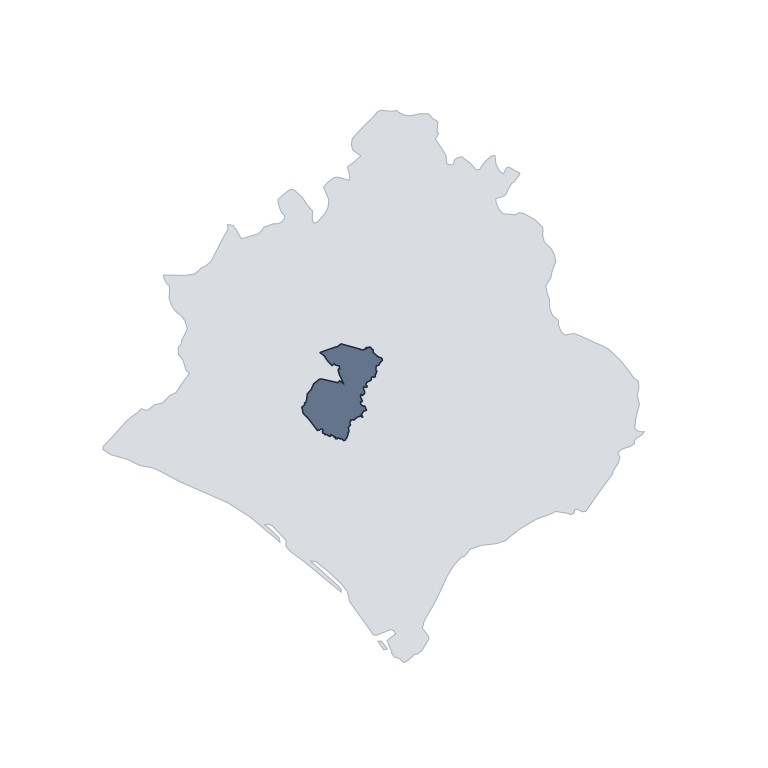 Marahoue, Marahoué, Ivory Coast (highlighted), rotated 45°
{"feature_id": "98640826B99867209198649", "entity_name": "Marahoue", "entity_type": "district", "adm_level": 2, "iso_a3": "CIV", "parent_name": "Ivory Coast", "parent_adm1": "Marahoué", "projection": "albers", "projection_center": [-5.732, 7.127], "detail": "fine", "context": "in_parent", "style": "filled", "palette": "slate", "viewbox_px": 768, "rotation_deg": 45, "n_neighbors": 0, "source": "geoboundaries", "source_scale": "gbopen_adm2", "svg_char_len": 9341}
<svg xmlns="http://www.w3.org/2000/svg" viewBox="0 0 768 768"><g transform="rotate(45 384 384)"><path d="M199.5,181.7L201.7,181.6L207.6,179.9L212.9,176.0L217.9,167.9L224.6,161.4L232.1,161.9L234.3,160.7L236.9,160.5L240.1,164.8L243.2,168.1L245.5,168.2L247.1,174.4L260.8,177.1L266.7,178.8L271.6,183.3L273.4,183.4L275.5,182.5L277.1,180.9L277.4,179.2L275.3,175.1L276.2,171.4L278.5,168.1L282.0,167.9L287.3,167.0L293.4,167.0L298.0,167.6L299.8,164.4L298.1,155.1L298.5,150.1L299.3,145.8L301.0,144.1L307.8,149.4L314.0,151.4L318.4,151.6L319.7,150.5L317.8,144.7L318.3,142.9L319.9,141.9L322.9,141.3L330.8,138.9L331.6,139.4L333.1,148.6L332.4,151.7L334.1,158.0L336.1,163.8L336.0,166.2L334.2,169.8L332.2,173.1L332.5,174.5L335.6,176.7L341.7,179.1L347.9,179.6L351.4,176.2L355.1,173.4L357.6,171.0L358.4,167.3L362.4,164.6L373.8,161.3L384.2,160.8L386.7,161.8L391.4,166.9L397.4,170.4L406.5,170.0L413.1,172.1L418.9,176.0L422.7,184.7L426.9,191.0L428.8,199.9L435.4,204.6L440.6,206.7L447.6,213.2L454.9,216.5L462.5,215.7L466.0,219.1L471.6,221.5L477.3,221.7L482.2,214.2L488.7,211.2L505.2,205.1L511.7,202.4L518.3,200.6L534.2,200.0L549.0,201.8L556.4,203.2L561.4,202.1L566.2,205.6L571.2,213.1L575.2,215.5L579.3,218.0L582.4,223.9L586.1,229.7L588.0,232.3L592.5,238.1L596.3,238.1L600.1,235.6L601.7,233.7L602.4,237.5L601.0,243.7L601.3,247.6L603.4,249.0L602.3,253.9L598.0,262.4L598.0,267.3L602.4,268.8L605.5,274.1L607.4,283.1L609.3,286.1L609.5,287.9L612.8,309.7L616.8,331.6L614.3,334.4L611.0,335.3L608.8,336.3L608.1,338.4L609.6,341.4L608.7,344.1L604.5,346.0L595.3,353.0L594.7,355.8L592.3,361.7L590.2,365.4L587.3,372.1L582.6,389.9L580.9,404.6L580.7,409.1L578.8,412.3L576.8,416.8L566.8,429.5L561.7,439.8L562.4,444.3L562.7,448.8L561.2,452.0L561.5,460.7L562.8,468.0L564.6,475.2L572.0,495.3L575.9,507.6L578.3,517.5L580.4,524.1L582.4,526.8L583.2,529.3L594.0,531.1L596.1,532.6L599.2,545.4L598.7,551.3L596.6,553.5L596.7,558.4L596.2,564.6L594.7,567.0L588.6,567.3L584.5,569.7L579.1,568.8L578.5,567.3L575.6,566.7L567.6,563.3L568.8,552.1L565.1,551.7L562.2,553.1L556.6,566.6L553.9,568.9L513.7,562.2L505.0,556.7L494.5,555.4L476.3,556.1L461.3,557.8L457.1,561.2L494.9,559.1L499.0,559.5L500.9,561.5L453.0,566.1L434.8,568.8L429.4,568.0L425.2,563.8L405.4,563.3L401.3,564.7L398.9,567.9L406.7,567.2L419.0,567.0L422.3,569.4L383.7,572.6L356.9,578.6L345.6,583.1L308.2,597.7L285.4,604.6L279.4,607.2L269.0,614.3L255.7,618.8L240.7,627.2L231.5,629.1L229.5,626.4L229.3,612.1L228.1,592.9L228.6,585.6L229.9,578.7L229.9,573.0L234.5,570.9L235.7,568.5L236.4,561.0L240.7,554.3L240.8,542.5L242.1,540.0L243.0,536.9L241.2,529.1L238.9,514.5L237.8,513.5L236.8,514.1L234.4,514.4L225.0,509.3L217.8,508.4L212.8,504.1L212.4,499.1L210.0,496.3L208.3,490.6L205.8,484.0L198.7,480.0L192.0,479.1L187.3,479.9L181.7,479.6L175.3,477.4L170.9,474.9L166.8,470.1L162.9,466.3L159.8,466.7L156.1,465.8L152.4,464.1L151.2,462.7L166.8,447.6L172.1,440.2L172.7,435.7L172.7,431.1L174.5,426.4L174.9,419.3L166.5,393.2L164.4,385.1L162.1,382.8L160.6,381.9L165.0,378.6L170.9,379.5L180.1,382.1L182.1,379.5L189.0,366.5L188.9,361.6L188.2,358.2L192.3,349.2L195.5,345.8L197.2,342.0L196.7,336.9L194.3,335.0L191.1,335.3L187.3,334.1L181.5,331.1L178.5,328.4L179.5,316.6L180.1,312.9L182.1,310.8L185.4,310.2L194.4,309.9L201.7,311.3L208.1,312.1L211.6,312.1L214.3,315.7L218.0,319.3L221.2,319.3L222.4,316.6L221.7,304.9L219.5,298.7L214.7,292.7L202.0,287.5L201.7,280.4L203.0,272.7L205.8,269.8L215.2,265.0L213.6,262.3L210.6,259.5L204.6,256.6L206.0,247.4L206.4,239.1L201.3,240.0L196.1,240.5L191.7,237.9L188.1,232.9L187.5,219.1L187.6,203.2L186.9,196.2L188.3,192.4L192.8,189.0L197.7,184.5L199.5,181.7ZM573.9,569.0L571.8,572.1L561.6,570.2L564.0,567.6L573.9,569.0Z" fill="#d9dde1" stroke="#a8b0b8" stroke-width="1"/><path d="M377.1,406.3L376.8,405.6L376.8,405.1L377.0,404.7L377.0,404.4L376.9,404.2L376.7,404.1L376.0,403.3L375.3,402.9L374.9,402.7L373.6,402.3L373.2,402.0L372.2,401.2L371.8,400.8L371.7,400.4L371.7,400.2L371.9,400.1L372.6,399.7L373.5,399.3L373.8,398.9L374.1,398.4L374.1,398.2L373.9,397.7L373.7,397.6L373.2,397.3L372.8,397.5L372.5,397.5L372.0,397.3L371.8,397.2L371.6,397.0L371.3,396.5L371.1,396.1L371.0,395.8L370.9,394.9L370.7,394.2L370.8,393.9L371.2,393.5L371.3,393.3L371.5,392.4L371.6,392.1L371.9,391.6L372.0,391.3L372.1,390.5L372.1,390.1L371.9,389.8L371.4,389.6L371.1,389.2L370.4,388.9L370.6,388.9L370.7,388.7L370.8,388.5L370.6,387.8L370.7,387.1L370.8,387.0L371.2,386.7L371.5,386.6L371.9,386.6L372.1,386.3L372.4,386.2L372.5,385.7L372.4,385.6L372.4,385.3L372.5,385.1L372.6,384.8L372.0,384.4L371.8,384.3L371.6,384.1L371.5,383.7L371.3,383.6L371.3,383.3L371.0,383.1L371.0,382.9L371.1,382.3L370.7,381.9L370.5,381.5L370.6,381.2L370.2,380.5L370.0,380.3L369.8,380.0L369.5,380.0L369.0,380.1L368.3,379.7L367.9,379.2L367.5,378.9L366.6,377.8L366.4,377.6L366.2,377.3L365.9,376.8L365.8,376.6L365.8,376.3L366.4,375.8L366.6,375.1L367.0,374.1L366.9,373.7L366.4,372.8L366.3,372.6L366.4,372.4L366.3,371.9L366.2,371.7L366.2,370.6L366.1,370.2L366.0,369.8L366.1,369.2L366.1,368.4L365.5,368.1L365.3,367.7L365.2,367.6L364.3,367.5L364.1,367.6L363.4,367.5L363.0,367.5L362.7,367.9L362.0,368.3L361.8,368.7L361.3,368.9L360.8,368.8L360.3,369.0L360.2,368.9L359.9,369.1L359.3,368.9L358.7,369.1L357.8,369.1L356.4,369.3L355.7,369.2L355.4,369.3L354.9,369.2L354.1,369.3L354.0,369.2L353.9,369.1L353.7,368.9L353.3,368.7L352.6,367.9L352.4,367.8L352.4,367.7L352.2,367.5L351.9,367.4L351.1,367.7L350.6,368.0L350.0,367.9L348.9,367.5L348.2,367.8L347.8,367.8L347.6,367.9L347.6,368.3L347.4,368.5L347.0,369.6L346.5,370.2L346.5,370.3L346.7,370.7L346.6,370.8L346.4,370.3L346.2,370.2L345.9,370.2L345.8,370.4L345.6,371.5L346.1,372.3L346.2,372.6L345.9,372.7L345.9,372.8L346.0,373.0L345.9,373.3L345.6,373.4L345.4,373.6L345.4,374.0L344.8,374.8L344.8,375.0L342.4,376.5L342.0,376.5L325.3,385.9L325.0,387.5L324.7,390.5L323.8,391.6L316.7,406.4L316.7,407.0L322.8,406.3L323.6,406.9L329.1,407.7L334.3,407.7L334.4,404.8L336.6,404.9L339.8,402.9L340.4,403.5L340.8,403.8L341.1,404.4L341.5,404.5L341.9,404.7L342.0,404.8L342.0,405.0L341.4,405.3L341.3,405.8L341.6,406.4L341.9,406.7L342.0,406.8L343.0,407.3L343.6,407.8L344.1,408.0L344.3,408.1L344.8,408.2L345.1,408.7L345.5,408.6L345.9,408.7L346.1,408.9L346.3,409.0L346.5,409.3L347.5,409.5L349.3,410.2L350.0,410.3L351.3,411.1L351.5,411.1L351.9,411.0L352.3,411.3L352.7,411.5L354.1,411.9L354.5,412.1L355.2,412.3L355.3,412.4L350.4,413.1L350.3,415.8L336.4,424.5L335.0,426.0L334.1,433.6L336.4,439.4L336.8,445.3L340.6,450.2L341.6,451.9L341.5,452.5L341.5,452.9L341.2,453.4L341.2,453.5L341.5,453.8L342.3,454.4L342.5,454.6L342.3,458.6L344.4,459.8L347.5,461.9L350.4,461.9L351.0,461.9L351.3,462.0L352.9,461.9L356.2,462.1L367.8,463.7L369.2,463.9L369.5,464.0L369.6,463.5L369.8,463.3L370.2,463.3L370.3,463.2L370.8,462.6L371.0,462.2L371.1,461.0L371.2,460.6L371.7,460.0L372.6,459.5L372.8,459.5L373.1,459.7L373.7,459.9L373.8,460.1L373.9,461.0L374.0,461.2L374.1,461.3L374.4,461.4L374.6,461.6L374.8,461.6L375.1,461.5L375.4,461.9L375.5,462.0L375.9,461.8L376.4,461.6L377.0,461.3L377.2,461.2L377.5,461.3L378.2,461.6L378.3,461.5L378.2,461.2L378.2,460.8L378.5,460.7L378.9,460.7L379.7,460.1L380.9,460.0L381.4,459.9L382.8,459.4L383.0,459.2L383.0,458.9L382.2,457.8L382.3,457.5L382.3,457.3L382.5,457.2L382.8,457.2L383.3,457.6L383.4,457.4L383.5,457.3L384.7,456.6L385.1,456.3L385.5,456.3L385.9,456.5L386.2,456.8L386.5,456.7L386.9,456.6L386.8,456.3L386.9,456.1L387.4,455.9L387.7,455.9L387.9,456.1L388.0,456.4L388.0,456.7L388.1,456.9L388.3,457.0L388.5,456.9L388.9,456.4L389.6,456.1L389.7,455.9L389.6,455.2L389.5,454.8L389.5,454.7L389.8,454.5L390.5,454.3L391.4,453.8L392.0,453.8L392.1,453.7L392.3,453.4L392.4,452.9L392.6,452.8L392.8,452.8L393.8,452.4L394.4,452.6L395.2,452.5L395.5,452.6L395.8,452.0L396.2,451.5L396.3,451.3L396.3,451.1L395.8,449.7L395.8,448.6L395.8,448.3L395.6,447.9L395.2,447.2L394.8,446.1L394.6,445.9L394.6,445.7L394.1,445.1L393.7,444.6L393.5,444.1L393.1,444.1L393.2,443.2L393.0,442.7L392.4,441.9L391.3,441.1L391.0,440.8L390.5,440.6L390.2,440.4L389.6,440.2L389.4,439.8L389.6,438.6L389.3,437.3L389.4,437.0L389.3,436.7L388.9,436.4L388.2,436.3L387.7,436.1L387.0,435.1L386.7,434.5L386.6,434.3L386.7,433.6L386.4,433.3L386.2,432.9L386.2,432.6L386.3,432.2L386.5,432.0L386.7,431.9L386.9,431.8L387.1,431.5L387.3,431.3L387.9,431.1L388.2,430.9L388.2,430.4L388.4,429.5L388.3,428.6L388.6,427.1L388.6,426.8L388.5,426.5L388.6,426.0L388.8,425.8L389.0,425.3L389.3,425.0L389.5,424.8L389.6,424.6L389.6,424.1L389.8,423.7L389.8,423.4L389.9,423.2L390.1,423.1L390.5,423.1L390.7,422.9L391.0,422.8L391.3,422.9L391.5,423.1L392.3,422.6L392.2,422.3L391.8,422.3L391.5,422.2L391.4,422.2L391.1,422.0L390.9,421.8L390.2,421.7L389.8,421.7L389.5,421.4L389.4,421.2L389.4,420.7L389.4,420.2L389.2,419.7L389.2,419.0L389.0,418.6L389.0,418.3L389.0,417.8L389.0,417.0L389.0,416.9L389.4,416.6L389.5,416.1L390.1,415.3L390.1,415.1L390.1,414.9L389.9,414.7L389.0,414.5L387.9,414.0L387.2,413.5L386.8,413.3L386.5,413.4L385.4,413.5L385.1,413.8L385.0,414.2L384.9,414.4L384.8,414.5L384.5,414.6L384.0,414.6L383.4,414.8L382.6,414.6L382.2,414.7L381.7,414.6L380.7,413.8L380.2,413.6L380.0,413.2L380.8,412.3L380.9,412.2L380.8,411.5L380.7,411.2L380.0,410.9L379.3,410.9L378.1,410.2L377.5,410.2L377.0,410.1L376.4,409.5L375.8,409.0L375.3,408.6L375.2,408.4L375.1,407.8L375.3,407.4L375.5,407.2L375.9,407.2L376.2,407.3L376.3,407.5L376.5,407.6L376.7,407.4L376.9,407.2L376.9,406.9L377.1,406.3Z" fill="#64748b" stroke="#1e293b" stroke-width="1.5"/></g></svg>